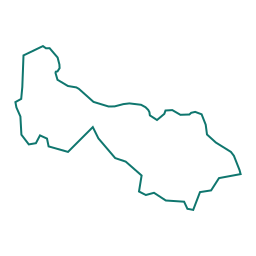 outline of Westmoreland, Virginia, United States of America
{"feature_id": "52423323B55573357858971", "entity_name": "Westmoreland", "entity_type": "district", "adm_level": 2, "iso_a3": "USA", "parent_name": "United States of America", "parent_adm1": "Virginia", "projection": "mercator", "projection_center": [-76.807, 38.122], "detail": "fine", "context": "isolated", "style": "outline", "palette": "teal", "viewbox_px": 256, "rotation_deg": 0, "n_neighbors": 0, "source": "geoboundaries", "source_scale": "gbopen_adm2", "svg_char_len": 922}
<svg xmlns="http://www.w3.org/2000/svg" viewBox="0 0 256 256"><path d="M193.2,209.9L200.0,192.1L211.1,190.4L219.0,178.1L240.6,174.1L239.5,170.0L233.9,155.8L230.9,151.9L215.8,142.5L207.0,134.5L205.7,124.7L201.6,114.3L195.2,111.9L191.2,112.8L189.4,114.5L180.4,114.8L172.3,110.1L165.5,110.5L164.3,113.9L157.0,120.0L149.9,115.4L149.8,115.0L149.4,112.1L148.2,109.9L145.5,107.2L141.1,104.8L138.8,104.5L129.4,103.4L123.4,104.1L114.6,106.4L108.6,106.5L93.5,101.9L78.8,88.8L76.3,87.4L67.9,86.0L57.5,79.8L55.5,72.9L55.8,71.7L57.5,71.4L59.6,68.1L59.4,64.5L57.6,57.5L49.6,48.2L46.0,48.3L42.9,46.1L23.5,55.4L22.3,87.1L21.2,98.9L15.4,102.1L16.4,107.4L20.4,116.5L21.4,134.7L28.8,144.4L35.9,143.2L40.0,135.4L47.0,138.6L48.6,146.4L68.0,151.9L92.8,127.1L98.4,138.4L115.2,158.1L125.7,161.6L141.6,175.5L139.0,191.5L145.8,195.0L154.0,192.8L165.8,200.5L184.1,201.7L187.4,208.8L193.2,209.9Z" fill="none" stroke="#0f766e" stroke-width="2"/></svg>